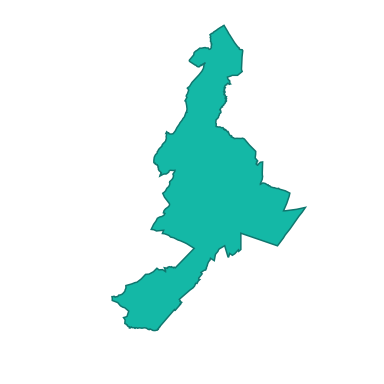 San Salvador, Hidalgo, Mexico (Equal Earth projection), rotated 45°
{"feature_id": "50627088B65020558146987", "entity_name": "San Salvador", "entity_type": "district", "adm_level": 2, "iso_a3": "MEX", "parent_name": "Mexico", "parent_adm1": "Hidalgo", "projection": "equal_earth", "projection_center": [-99.069, 20.296], "detail": "fine", "context": "isolated", "style": "filled", "palette": "teal", "viewbox_px": 384, "rotation_deg": 45, "n_neighbors": 0, "source": "geoboundaries", "source_scale": "gbopen_adm2", "svg_char_len": 6037}
<svg xmlns="http://www.w3.org/2000/svg" viewBox="0 0 384 384"><g transform="rotate(45 192 192)"><path d="M283.1,122.7L278.2,130.3L271.3,139.3L270.0,140.6L267.0,133.0L263.8,126.5L262.0,123.6L257.1,125.2L251.7,128.2L250.7,128.1L250.3,128.8L249.0,129.9L247.2,130.7L246.6,131.3L244.4,132.6L242.5,132.7L242.0,133.3L241.2,133.5L240.8,133.1L240.3,133.6L237.7,134.2L235.7,135.5L234.9,138.2L234.5,137.8L232.7,133.4L230.7,130.8L230.1,130.6L228.1,128.7L220.7,120.8L219.3,122.7L219.3,125.3L219.5,125.8L219.3,126.8L217.5,126.8L217.5,125.7L217.2,125.3L216.4,125.2L216.5,123.6L212.6,123.3L210.4,120.4L208.3,118.2L199.3,118.2L191.6,117.5L189.8,118.1L188.9,119.4L185.5,122.6L184.1,124.3L183.1,124.2L182.3,124.7L181.6,125.0L181.2,124.7L180.8,125.1L180.4,124.4L179.7,124.5L179.4,124.9L178.5,125.1L176.8,124.6L176.1,124.2L175.1,124.3L174.8,123.8L174.3,124.3L172.4,124.1L171.9,124.7L171.5,124.4L171.2,124.8L170.8,124.6L170.5,125.0L170.2,124.8L170.0,125.1L169.8,124.8L168.3,124.6L167.7,125.6L165.8,126.2L164.7,127.4L162.7,128.6L160.9,126.6L160.0,126.4L158.0,124.0L158.0,121.1L157.7,120.1L157.1,119.5L156.9,118.3L156.1,117.3L156.3,115.9L156.1,115.1L154.5,114.1L154.1,114.3L153.8,113.8L153.4,113.9L152.9,111.2L153.3,110.5L152.7,110.3L153.0,108.2L152.5,107.7L152.7,106.3L152.1,104.6L151.7,104.4L152.1,104.0L152.1,103.4L151.9,103.2L151.7,103.4L151.0,103.2L150.5,101.6L150.2,101.6L150.3,102.3L149.7,102.0L149.5,102.3L149.0,102.2L148.9,101.7L149.3,101.0L149.1,100.2L148.6,100.4L148.5,100.9L147.4,100.5L147.0,100.0L146.0,100.5L145.6,100.4L145.3,99.5L144.6,99.2L145.0,98.7L144.8,98.0L144.6,97.8L144.1,98.0L143.5,97.7L143.2,98.0L143.0,96.9L142.4,96.9L141.9,95.3L141.7,95.4L141.3,95.0L141.2,95.5L140.9,95.2L140.9,94.8L141.2,94.5L140.6,94.4L140.2,93.4L140.1,92.8L140.7,91.7L140.3,90.5L140.4,89.8L141.0,89.5L142.2,89.6L142.7,88.6L142.1,88.8L142.1,88.6L142.1,88.9L141.8,88.8L142.2,88.3L141.4,88.0L140.8,87.3L140.0,87.1L139.7,86.6L139.0,86.9L137.4,86.7L135.8,85.7L137.5,82.4L137.9,81.1L141.7,77.3L142.3,71.3L140.7,70.6L139.7,69.7L131.7,60.9L128.0,56.2L127.0,55.9L124.8,57.5L124.1,57.4L123.6,56.8L121.4,57.0L116.5,56.3L106.8,54.1L105.5,54.0L105.3,53.7L96.8,51.5L96.4,52.8L96.4,53.7L95.9,54.9L95.1,58.6L94.9,60.4L94.2,63.5L94.3,65.0L93.7,66.1L93.5,68.1L95.2,68.7L95.7,70.0L96.5,70.1L98.7,72.5L99.5,72.5L100.8,73.6L101.0,73.3L101.3,73.4L102.8,75.7L103.5,76.1L103.9,78.0L103.3,79.0L101.7,78.7L99.9,80.3L99.5,80.3L98.7,81.1L96.9,83.8L95.8,84.7L95.4,88.2L95.0,89.6L94.9,91.4L95.0,92.1L96.3,93.8L96.9,100.6L97.4,101.2L98.2,101.3L104.5,100.0L105.0,99.6L106.8,99.6L107.9,99.1L108.7,98.1L108.5,96.0L108.6,95.7L109.3,95.7L109.4,94.9L109.2,94.1L109.3,93.5L109.6,93.3L109.7,91.9L110.4,91.2L110.1,91.9L110.2,93.1L112.6,96.4L113.6,99.6L114.1,104.1L114.5,114.5L115.6,119.1L115.2,121.7L115.4,122.0L116.7,121.9L117.7,122.5L119.4,126.0L119.6,127.4L120.0,128.1L120.4,128.5L121.5,128.6L122.6,132.5L123.4,132.2L127.0,134.6L129.9,136.9L131.1,138.7L131.4,139.5L131.9,139.4L131.6,140.3L133.5,144.2L133.7,146.5L134.2,148.2L134.6,151.7L135.1,153.1L135.8,157.0L137.0,160.7L137.4,164.1L136.7,165.3L135.3,166.7L134.2,167.1L133.9,166.7L133.5,166.7L132.7,167.3L131.5,167.3L131.6,167.6L132.1,169.0L132.4,168.6L133.1,168.9L134.5,171.1L135.9,172.1L137.2,174.6L137.4,175.1L137.4,178.5L137.7,180.1L138.3,180.8L138.4,181.3L138.2,182.6L138.3,185.5L138.9,187.0L138.9,187.9L139.9,189.3L139.8,191.3L140.4,193.2L140.8,194.2L142.4,196.3L144.0,198.0L144.8,198.2L145.3,197.8L145.7,198.1L146.0,197.8L146.3,198.1L147.1,198.0L148.1,197.3L148.4,197.7L149.3,197.6L150.1,198.2L150.5,198.1L150.7,198.7L152.0,199.3L152.3,199.8L154.0,200.2L154.7,200.0L156.0,200.1L156.3,200.5L156.7,200.3L156.8,200.7L157.2,200.8L157.2,202.0L158.0,203.5L159.1,199.8L160.0,198.4L160.3,198.3L161.1,197.3L161.5,194.5L161.0,193.3L161.2,192.1L163.8,189.8L164.6,188.7L165.2,189.5L165.5,190.5L165.8,192.7L166.2,193.1L167.3,193.4L168.5,195.2L169.0,197.3L168.9,200.4L169.2,200.6L169.4,201.2L170.2,201.6L171.2,202.9L171.3,203.6L171.7,204.5L171.6,207.2L172.5,210.0L172.5,212.0L172.2,213.6L176.2,215.1L184.3,216.2L184.9,216.6L185.6,217.6L185.7,219.6L185.2,222.6L185.4,224.9L186.5,227.0L188.0,226.3L188.6,228.2L188.1,230.5L186.8,232.6L186.1,235.1L187.1,238.1L187.7,241.9L189.6,247.3L191.8,245.6L194.4,244.7L199.0,239.1L200.4,242.3L202.2,240.9L205.0,239.6L206.7,239.0L208.7,239.0L211.4,237.3L216.1,235.8L218.2,234.7L222.6,233.0L225.0,232.2L233.4,230.3L233.8,257.4L232.5,257.8L232.6,258.6L230.3,259.4L230.4,260.1L229.1,260.5L228.2,261.9L228.5,262.4L228.0,262.9L228.4,263.5L226.0,265.1L229.1,266.4L229.6,267.0L226.1,267.7L223.7,270.4L221.1,270.7L221.1,275.6L219.7,280.4L217.4,283.1L217.6,289.3L216.9,294.7L215.8,296.3L214.3,299.8L211.4,304.9L213.3,306.7L213.8,308.2L214.7,309.7L214.9,312.2L214.8,313.8L214.1,315.5L213.1,316.8L213.4,318.5L212.2,320.0L212.2,320.5L211.8,320.8L210.6,320.8L209.8,322.4L208.9,322.7L210.1,322.9L212.3,325.1L217.7,322.7L221.9,323.1L224.7,322.3L226.2,321.4L231.5,321.0L234.0,325.9L233.4,327.5L232.4,329.2L235.1,329.7L237.5,332.5L238.9,332.0L239.4,332.2L240.1,331.8L240.8,332.2L242.2,332.2L243.0,331.6L243.9,332.4L244.6,331.6L244.4,330.4L245.6,330.2L247.4,328.5L247.9,328.8L248.2,328.6L248.2,328.1L248.4,327.4L250.0,326.7L250.6,325.4L252.9,323.7L254.4,321.6L256.0,320.5L258.2,320.1L259.2,319.4L259.2,318.5L262.3,317.5L263.8,316.2L265.2,314.0L264.7,313.3L265.2,312.8L264.7,311.9L264.6,310.3L264.4,310.4L262.7,287.6L263.7,287.8L263.8,287.6L263.2,279.4L262.8,279.6L262.7,277.3L261.1,277.8L261.1,277.4L258.9,276.9L259.9,262.7L260.5,259.0L260.3,256.6L259.2,254.1L260.2,253.1L259.8,251.9L259.6,251.9L259.4,250.6L259.4,248.4L258.4,249.0L257.6,248.1L257.2,243.6L256.9,243.4L257.0,242.7L255.2,242.6L256.0,238.6L256.8,237.6L256.2,235.8L255.8,235.6L254.8,233.2L253.9,231.8L253.0,229.4L252.9,227.5L251.9,225.8L256.3,224.8L252.9,219.9L252.6,219.0L252.3,215.6L251.7,214.3L251.5,212.9L253.1,206.9L263.3,212.4L263.8,212.0L262.1,208.8L265.3,208.2L265.9,205.4L265.7,200.2L267.0,200.9L267.2,198.1L255.7,186.6L290.5,169.6L289.1,159.8L288.3,156.6L287.4,148.7L284.7,133.5L284.2,128.6L283.1,122.7Z" fill="#14b8a6" stroke="#0f766e" stroke-width="1.5"/></g></svg>